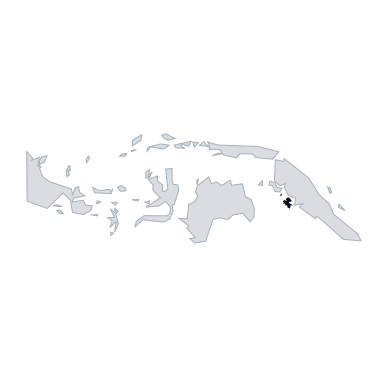 Lingga, Kepulauan Riau, Indonesia (highlighted), rotated 176°
{"feature_id": "22746128B41866695352092", "entity_name": "Lingga", "entity_type": "district", "adm_level": 2, "iso_a3": "IDN", "parent_name": "Indonesia", "parent_adm1": "Kepulauan Riau", "projection": "orthographic", "projection_center": [104.45, -0.394], "detail": "fine", "context": "in_parent", "style": "filled", "palette": "ink", "viewbox_px": 384, "rotation_deg": 176, "n_neighbors": 0, "source": "geoboundaries", "source_scale": "gbopen_adm2", "svg_char_len": 7642}
<svg xmlns="http://www.w3.org/2000/svg" viewBox="0 0 384 384"><g transform="rotate(176 192 192)"><path d="M136.2,158.4L142.9,167.3L152.8,166.2L157.9,162.0L166.5,164.5L173.2,162.9L181.8,141.9L192.4,140.9L197.5,145.8L192.1,146.3L199.8,156.3L197.7,158.5L206.6,166.5L198.7,165.6L196.1,179.9L189.9,182.0L186.4,187.6L188.6,191.5L186.2,197.9L174.4,205.8L171.9,198.7L167.0,200.3L162.0,196.4L153.1,201.1L151.9,196.0L141.0,196.6L139.0,183.7L133.4,180.1L131.0,171.2L132.0,162.5L136.2,158.4ZM26.9,131.5L44.3,134.2L66.8,157.2L69.5,159.0L70.7,156.7L85.9,169.5L82.2,172.3L90.8,171.7L89.0,178.3L96.0,181.8L99.7,189.9L98.3,193.7L104.0,192.1L108.9,197.6L106.6,218.3L98.2,216.1L97.9,219.0L74.8,198.1L65.1,180.2L56.3,171.2L52.1,159.7L29.4,138.4L26.9,131.5ZM357.1,194.4L354.1,243.9L348.8,236.9L349.7,234.9L341.9,237.2L343.5,232.3L341.6,229.7L342.3,229.4L343.6,229.6L344.3,229.3L340.8,227.3L342.5,226.8L339.8,217.7L333.3,212.2L312.1,203.5L311.4,197.6L308.3,204.1L305.0,205.3L304.0,199.4L298.9,195.6L310.5,194.3L312.1,190.4L301.2,191.4L298.8,186.2L292.4,185.1L294.2,180.8L302.0,177.0L312.6,180.0L313.9,192.0L320.6,200.1L337.5,185.7L357.1,194.4ZM249.7,166.5L241.5,171.7L218.4,170.0L215.6,172.0L214.6,178.3L219.0,184.5L225.7,180.4L239.2,180.0L224.0,188.4L230.8,196.3L230.4,201.7L234.7,207.6L225.4,210.4L225.7,205.3L220.5,200.9L221.7,195.1L218.8,194.4L215.9,196.6L216.7,216.7L210.3,216.8L211.1,204.8L210.0,200.9L205.6,200.0L205.0,194.8L210.5,180.9L213.0,180.6L212.1,174.7L216.1,166.6L222.1,163.9L242.8,167.6L251.2,161.2L249.7,166.5ZM109.1,219.1L126.2,221.9L128.8,225.7L142.0,226.9L145.1,222.9L157.9,226.8L161.4,232.3L171.8,233.4L171.5,238.0L172.9,240.8L163.1,237.1L123.0,232.8L102.8,226.1L109.1,219.1ZM269.8,167.7L276.5,162.2L273.5,168.6L278.0,172.5L270.9,171.9L274.7,181.0L269.6,176.0L267.7,165.4L271.9,157.4L269.8,167.7ZM272.9,196.1L289.3,198.1L290.7,203.7L284.2,199.6L275.0,200.5L272.4,198.3L270.7,200.9L272.9,196.1ZM232.9,239.7L220.2,242.1L211.4,240.3L217.4,236.8L229.6,239.8L234.1,235.8L232.9,239.7ZM196.5,236.1L205.1,237.2L206.5,240.0L189.2,242.6L192.1,237.7L197.9,240.5L199.9,239.5L196.5,236.1ZM248.1,242.2L248.0,247.7L238.4,252.5L239.2,247.3L248.1,242.2ZM108.9,186.7L111.4,192.7L114.8,193.6L113.6,197.4L108.5,195.5L106.9,190.6L101.9,189.5L104.4,185.9L108.9,186.7ZM339.6,237.5L334.0,238.3L337.2,232.1L341.6,230.8L342.8,233.1L339.6,237.5ZM212.7,245.4L216.5,248.0L218.1,250.9L214.1,251.9L205.0,246.5L212.7,245.4ZM263.5,197.7L266.0,201.9L262.1,203.3L257.7,200.3L258.0,197.8L263.5,197.7ZM172.1,236.2L181.3,238.0L177.0,241.4L172.1,236.2ZM186.5,236.5L187.7,241.7L182.3,240.9L186.5,236.5ZM125.5,194.5L120.9,198.4L121.3,193.5L125.5,194.5ZM315.5,215.8L316.1,222.4L314.3,222.7L313.0,217.9L315.5,215.8ZM169.4,227.0L162.3,229.0L159.3,227.9L169.4,227.0ZM236.9,208.8L236.8,214.8L232.8,217.3L234.6,209.3L236.9,208.8ZM40.6,163.0L47.0,166.5L46.2,169.6L40.6,163.0ZM56.4,187.5L53.8,186.2L52.7,181.3L54.6,181.2L56.4,187.5ZM292.8,235.2L291.7,232.8L295.4,228.5L295.0,232.4L292.8,235.2ZM288.1,174.8L294.8,176.4L287.3,175.8L288.1,174.8ZM246.2,186.8L252.6,188.5L245.6,188.3L246.2,186.8ZM233.8,211.7L230.3,214.7L233.5,209.3L233.8,211.7ZM321.9,179.3L325.2,179.9L328.3,182.7L325.3,183.4L321.9,179.3ZM261.8,232.6L259.4,234.7L254.6,235.0L256.0,232.5L261.8,232.6ZM314.9,223.5L313.3,226.6L311.8,226.4L312.2,221.5L314.9,223.5ZM272.7,186.9L268.6,187.4L267.4,186.3L269.2,184.3L272.7,186.9ZM322.4,186.5L327.1,187.0L331.6,188.1L327.3,188.8L322.4,186.5ZM235.4,183.1L239.7,185.1L235.2,186.2L235.4,183.1ZM276.0,157.2L273.1,156.6L275.8,154.3L276.0,157.2ZM244.4,238.2L249.3,236.4L249.8,237.6L244.4,238.2ZM288.0,187.1L287.2,189.9L283.7,188.5L285.5,187.6L288.0,187.1ZM186.6,202.7L184.7,204.6L186.3,198.8L186.6,202.7ZM268.7,176.6L270.9,180.3L270.0,180.9L266.8,178.0L268.7,176.6Z" fill="#d9dde1" stroke="#a8b0b8" stroke-width="1"/><path d="M98.2,174.2L97.5,173.7L97.5,173.9L97.4,174.0L97.5,174.1L97.4,174.1L97.1,173.9L97.1,174.0L97.1,174.3L97.2,174.9L97.0,175.0L96.9,174.9L96.9,175.1L96.7,175.1L96.7,175.3L96.6,175.7L96.8,175.8L97.1,175.8L97.3,176.0L97.6,175.7L97.9,175.8L98.2,175.6L98.6,175.5L98.9,175.7L99.0,175.7L99.0,175.8L99.3,175.9L99.3,176.0L99.5,176.2L99.8,176.4L100.3,176.5L100.4,176.4L100.2,176.3L100.2,176.2L100.3,176.0L100.8,176.2L100.8,176.3L100.9,176.2L100.6,176.0L100.1,175.7L99.6,174.9L99.5,175.1L99.6,175.4L99.3,175.5L99.2,175.4L98.9,175.2L98.8,174.9L98.5,174.5L98.3,174.6L98.4,174.8L98.2,174.6L98.3,174.6L98.2,174.2ZM97.0,176.5L96.7,176.5L96.6,176.8L96.2,177.1L95.9,176.9L95.9,177.0L96.0,177.2L95.9,177.3L95.7,177.1L95.9,176.9L95.8,176.5L95.7,176.9L95.4,176.9L95.3,177.3L95.3,177.5L95.2,177.6L95.6,178.0L95.9,178.6L95.9,178.9L96.0,179.1L96.3,179.0L96.2,178.9L96.3,178.5L96.6,178.4L96.9,178.8L97.1,178.8L97.2,178.5L97.4,178.0L97.6,177.7L97.7,177.8L97.7,177.7L97.8,177.7L97.7,177.3L97.4,176.9L97.4,176.7L97.1,176.7L97.0,176.5ZM97.9,172.8L97.2,172.0L97.3,172.3L97.0,172.0L96.9,172.1L97.3,172.5L97.2,172.4L97.4,172.7L97.4,172.8L97.4,172.7L97.5,172.7L97.5,172.8L97.6,173.0L97.9,173.3L98.0,173.3L97.9,173.2L98.0,173.2L98.1,173.3L98.4,173.7L98.6,173.8L98.7,173.6L98.4,173.3L97.9,172.8ZM96.9,173.2L96.3,172.7L96.3,172.8L96.4,173.0L96.5,173.0L96.4,173.0L96.6,173.2L96.4,173.0L96.2,173.0L96.9,173.7L97.1,173.8L97.0,173.6L96.9,173.6L96.8,173.4L97.0,173.6L97.1,173.4L96.9,173.3L96.9,173.2ZM95.8,171.0L96.0,171.3L95.9,171.3L96.0,171.5L96.3,171.5L96.5,171.6L96.4,171.5L96.6,171.6L96.5,171.4L96.1,171.2L95.8,171.0ZM96.9,176.0L96.6,176.1L96.4,176.0L96.2,176.2L96.5,176.4L96.8,176.4L97.0,176.2L96.9,176.0ZM96.1,171.6L95.8,171.4L95.8,171.6L96.0,171.7L96.0,171.8L96.2,171.7L96.2,171.8L96.3,171.8L96.1,171.7L96.1,171.6ZM95.8,172.9L95.7,172.8L95.5,172.6L95.6,172.9L95.8,173.1L95.8,172.9ZM94.7,176.7L94.7,176.9L95.1,176.9L95.0,176.7L94.8,176.8L94.7,176.7ZM95.1,172.4L94.9,172.4L95.0,172.5L94.8,172.6L95.0,172.7L95.1,172.4ZM94.9,176.9L94.7,177.0L94.8,177.0L95.0,177.2L95.0,176.9L94.9,177.0L94.9,176.9ZM97.6,170.8L97.2,170.6L97.4,171.1L97.3,170.8L97.4,170.7L97.6,170.8ZM96.1,172.7L95.9,172.5L96.3,173.0L96.2,172.7L96.1,172.7ZM99.3,173.7L99.2,173.4L99.1,173.6L98.9,173.6L99.3,173.7ZM99.7,174.2L99.7,174.3L100.0,174.5L99.7,174.2ZM94.6,176.6L94.4,176.6L94.5,176.7L94.6,176.6ZM95.8,171.4L95.6,171.3L95.6,171.6L95.8,171.4ZM99.1,175.0L99.0,174.9L98.9,174.6L99.0,175.0L99.1,175.0ZM96.9,173.2L96.7,172.8L96.9,173.2ZM97.2,173.0L97.1,172.8L97.2,173.1L97.2,173.0ZM97.4,173.7L97.3,173.8L97.2,173.8L97.3,173.9L97.5,173.9L97.4,173.7ZM98.9,174.6L98.5,174.2L98.6,174.4L98.9,174.6ZM97.0,171.3L96.8,171.1L97.0,171.3ZM95.1,176.4L95.0,176.5L95.1,176.4ZM103.3,182.8L103.0,182.7L103.2,182.9L103.3,182.8ZM96.7,172.0L96.9,172.2L96.7,172.0ZM96.6,171.0L96.4,171.0L96.6,171.1L96.6,171.0ZM97.6,173.4L97.4,173.1L97.6,173.4ZM96.5,170.4L96.3,170.3L96.5,170.4ZM96.6,170.8L96.8,170.9L96.7,170.8L96.6,170.8ZM97.1,172.4L96.9,172.2L97.0,172.3L97.1,172.4ZM97.1,173.3L97.1,173.2L97.0,173.3L97.1,173.3ZM94.6,176.7L94.5,176.8L94.6,176.7ZM96.3,170.6L96.5,170.4L96.3,170.5L96.3,170.6ZM95.5,172.8L95.4,172.6L95.5,172.8ZM95.9,171.7L95.9,171.8L95.9,171.7ZM96.8,170.2L96.6,170.2L96.8,170.4L96.8,170.2ZM96.3,170.5L96.2,170.5L96.3,170.5ZM97.2,173.4L97.3,173.5L97.2,173.4L97.2,173.4ZM97.0,171.1L96.8,171.0L97.0,171.1ZM97.2,173.5L97.1,173.4L97.1,173.5L97.2,173.5ZM99.1,173.3L98.9,173.2L98.9,173.3L99.1,173.3ZM95.9,171.8L95.8,171.7L95.9,171.9L95.9,171.8ZM96.5,172.7L96.7,172.8L96.5,172.7L96.5,172.7ZM96.2,170.1L96.2,170.3L96.3,170.2L96.2,170.1ZM100.3,174.9L100.2,174.9L100.3,175.0L100.4,174.9L100.3,174.9ZM96.6,171.7L96.5,171.8L96.6,171.7ZM95.8,172.3L95.9,172.5L95.8,172.3ZM94.8,172.7L94.7,172.5L94.8,172.7L94.8,172.7ZM102.9,183.1L103.0,183.2L102.9,183.1ZM97.0,172.6L96.9,172.6L97.0,172.7L97.0,172.6Z" fill="#0f172a" stroke="#020617" stroke-width="1.5"/></g></svg>